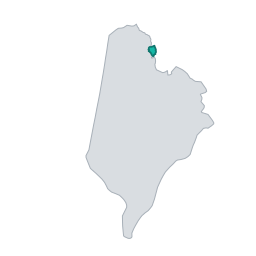 Az-Zabdani, Rif Dimashq, Syria shown in context, rotated 132°
{"feature_id": "27442178B59833257068654", "entity_name": "Az-Zabdani", "entity_type": "district", "adm_level": 2, "iso_a3": "SYR", "parent_name": "Syria", "parent_adm1": "Rif Dimashq", "projection": "robinson", "projection_center": [36.084, 33.702], "detail": "fine", "context": "in_parent", "style": "filled", "palette": "teal", "viewbox_px": 256, "rotation_deg": 132, "n_neighbors": 0, "source": "geoboundaries", "source_scale": "gbopen_adm2", "svg_char_len": 3688}
<svg xmlns="http://www.w3.org/2000/svg" viewBox="0 0 256 256"><g transform="rotate(132 128 128)"><path d="M48.1,94.1L50.0,94.3L54.1,96.7L54.7,96.6L55.9,93.4L57.1,92.4L59.6,91.4L60.3,86.3L61.5,85.3L62.9,84.8L65.1,84.7L66.9,84.4L67.1,83.5L64.4,77.6L64.7,76.1L65.9,70.2L66.7,67.8L67.5,67.1L70.4,67.4L74.6,68.4L75.7,70.1L77.8,71.7L80.8,71.6L84.4,71.8L87.1,71.9L89.3,70.9L94.3,68.9L96.7,68.2L99.0,67.3L106.1,64.1L109.0,64.3L111.0,64.8L112.5,65.3L115.9,67.5L118.7,69.8L120.7,70.4L124.2,70.4L129.3,70.8L135.6,70.8L139.3,70.1L143.9,69.0L152.2,66.4L163.1,60.8L169.5,58.1L172.2,57.8L175.8,57.7L179.5,58.5L183.6,59.0L185.5,58.9L189.9,58.4L195.6,57.2L199.2,56.3L203.5,54.8L206.2,52.3L207.1,52.0L208.2,52.5L208.7,52.6L209.9,54.1L211.1,57.8L211.2,58.2L211.0,59.2L208.2,62.3L204.4,66.4L201.7,69.0L197.1,73.3L193.6,74.3L187.8,75.9L186.2,77.4L184.8,79.9L184.0,83.2L183.8,85.3L183.7,89.3L185.1,93.4L186.6,97.3L186.8,99.9L186.7,102.5L185.5,105.2L184.1,109.0L183.4,113.2L183.1,121.2L183.2,127.9L183.1,129.1L180.8,133.8L178.0,139.4L176.7,140.7L170.4,142.4L163.7,146.5L156.1,151.1L149.2,155.3L141.9,159.6L134.4,164.2L129.0,167.4L121.8,171.7L115.2,175.9L108.6,180.1L103.5,183.3L95.8,188.3L91.3,191.3L84.6,195.6L78.8,199.5L71.8,204.0L63.1,202.6L60.4,201.9L58.1,199.7L56.4,198.5L52.3,197.4L49.7,193.3L48.1,191.9L45.3,191.2L46.5,188.6L46.7,186.9L47.9,184.8L47.2,183.4L46.8,180.5L46.3,179.8L46.1,179.0L46.5,178.1L46.4,177.2L45.9,176.7L45.7,175.3L45.3,174.2L45.5,172.9L46.1,172.1L46.7,170.4L47.5,169.9L48.6,168.9L48.9,167.8L50.0,166.8L51.4,165.9L51.7,165.2L51.5,164.8L50.1,164.1L49.3,162.7L50.0,160.7L50.5,160.1L51.3,159.2L53.2,157.7L54.6,157.5L55.9,157.5L58.1,157.6L59.7,157.8L60.1,157.5L60.1,157.0L58.0,155.8L57.9,154.8L58.4,153.8L59.9,152.2L61.6,151.0L62.5,150.8L64.5,148.5L65.7,145.8L63.7,139.3L62.4,138.3L60.4,137.4L59.2,137.3L59.1,136.9L60.7,135.2L61.9,133.8L60.6,132.5L58.4,131.8L57.5,133.2L54.7,133.3L50.2,133.3L48.3,126.5L48.0,123.6L48.0,120.2L49.4,115.2L48.7,112.9L48.7,111.3L48.3,109.2L44.8,104.6L46.8,96.1L48.1,94.1Z" fill="#d9dde1" stroke="#a8b0b8" stroke-width="1"/><path d="M57.2,164.0L57.0,163.8L57.0,163.7L56.7,163.5L56.6,163.2L56.6,162.9L56.7,162.7L56.8,162.6L57.1,162.5L57.1,162.4L57.1,162.1L56.9,161.8L56.8,161.6L56.8,161.4L56.8,161.2L57.0,161.0L57.3,160.8L57.4,160.7L57.5,160.6L57.4,160.3L57.4,160.0L57.3,159.8L57.5,159.6L57.9,159.3L57.9,158.9L58.0,158.5L58.0,158.0L57.9,157.4L57.8,157.2L57.7,157.2L57.4,157.2L57.2,157.1L56.9,157.3L56.9,157.5L56.7,157.6L56.4,157.6L56.4,157.8L56.2,157.8L56.2,157.7L56.1,157.8L55.9,157.8L55.7,157.7L55.4,157.7L55.2,157.6L55.1,157.4L55.0,157.2L54.9,157.0L54.7,157.0L54.6,157.3L54.5,157.5L54.4,157.5L54.2,157.6L53.9,157.6L53.7,157.7L53.6,157.8L53.6,158.0L53.4,158.1L53.2,158.1L52.9,158.1L52.7,158.0L52.4,158.4L52.3,158.5L52.2,158.7L52.2,158.8L52.1,159.0L52.0,159.3L51.9,159.3L51.8,159.5L51.7,159.5L51.4,159.7L51.2,159.6L51.1,159.8L51.1,160.0L50.9,160.1L50.8,160.4L50.7,160.5L50.7,160.8L50.6,161.0L50.4,161.2L50.3,161.3L50.2,161.3L50.1,161.5L50.2,161.8L50.1,162.1L50.1,162.3L49.9,162.5L49.7,162.6L49.4,162.8L49.4,163.0L49.2,163.1L49.1,163.3L49.1,163.5L49.3,163.6L49.5,163.7L49.6,163.8L49.8,163.8L50.0,163.8L50.0,163.7L50.3,163.7L50.3,163.8L50.5,163.9L50.5,164.0L50.8,164.3L51.0,164.3L51.3,164.3L51.5,164.4L51.5,164.5L51.8,164.7L51.9,164.8L52.0,164.8L52.1,165.0L52.3,165.1L52.3,165.3L52.4,165.5L52.3,165.8L52.2,165.8L52.7,165.9L53.0,165.9L53.3,165.9L53.4,166.1L53.5,166.3L53.8,166.3L54.1,166.3L54.4,166.3L54.7,166.2L54.8,166.1L54.9,165.8L55.0,165.8L55.2,165.7L55.8,165.5L56.0,165.4L55.9,165.2L55.7,165.2L55.6,164.8L55.6,164.7L55.8,164.5L55.9,164.4L56.1,164.4L56.3,164.4L56.8,164.4L57.0,164.3L57.2,164.0Z" fill="#14b8a6" stroke="#0f766e" stroke-width="1.5"/></g></svg>